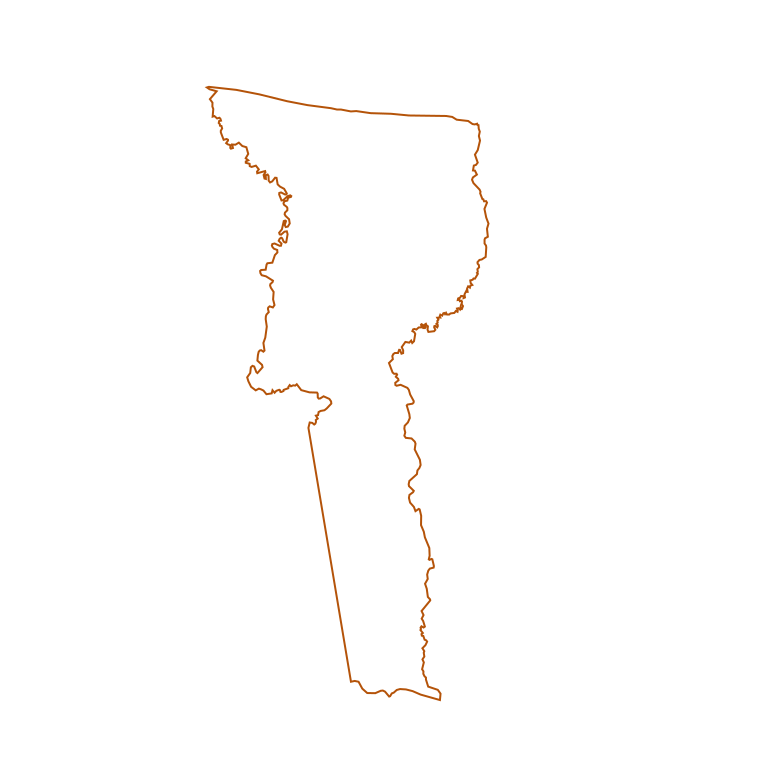 the district of Esparta, Atlántida, Honduras, rotated 351°
{"feature_id": "27666195B38540325718950", "entity_name": "Esparta", "entity_type": "district", "adm_level": 2, "iso_a3": "HND", "parent_name": "Honduras", "parent_adm1": "Atlántida", "projection": "natural_earth1", "projection_center": [-87.238, 15.629], "detail": "fine", "context": "isolated", "style": "outline", "palette": "amber", "viewbox_px": 768, "rotation_deg": 351, "n_neighbors": 0, "source": "geoboundaries", "source_scale": "gbopen_adm2", "svg_char_len": 6147}
<svg xmlns="http://www.w3.org/2000/svg" viewBox="0 0 768 768"><g transform="rotate(351 384 384)"><path d="M389.8,704.9L391.4,698.7L389.3,694.5L380.3,689.8L379.2,682.5L379.5,680.5L378.3,679.0L377.5,676.4L378.0,674.0L377.0,671.7L379.8,665.2L378.9,662.0L381.2,659.5L381.2,655.7L382.0,654.2L380.6,651.0L384.1,648.4L386.3,645.2L385.6,643.8L384.1,642.9L383.4,639.0L382.0,638.5L381.9,636.9L383.4,636.0L381.5,632.7L382.2,631.8L382.0,630.4L383.1,629.2L385.0,630.7L386.4,630.0L385.6,624.2L384.5,621.7L386.9,618.4L385.6,614.1L395.8,605.0L395.8,603.9L394.0,601.2L394.2,592.9L393.3,587.7L396.7,583.4L396.8,579.0L398.6,575.2L400.4,573.5L404.3,573.1L404.8,571.6L404.3,564.7L403.5,564.2L401.4,564.8L400.8,564.2L402.2,560.8L403.1,553.1L400.4,541.8L400.2,536.1L398.5,529.2L400.1,520.0L399.6,513.5L398.8,512.8L395.2,514.5L394.3,510.1L391.2,505.2L390.8,500.4L391.8,497.5L395.8,495.4L396.7,494.2L392.7,488.8L392.7,486.8L393.9,483.7L402.4,478.2L403.5,474.6L405.8,472.5L407.5,469.7L407.6,464.5L404.1,453.4L405.8,447.9L405.4,445.8L402.7,442.1L397.1,440.6L396.0,438.3L397.4,435.2L397.1,431.3L397.9,428.5L401.6,425.7L404.2,421.6L404.3,417.8L403.1,408.7L404.0,408.0L409.1,407.9L410.3,407.0L410.7,405.6L408.2,398.5L407.6,393.7L406.5,391.5L400.3,387.4L396.2,387.7L395.1,386.8L395.3,384.6L398.9,382.6L398.8,381.1L396.8,378.7L398.4,376.9L398.0,375.8L395.6,375.5L394.3,374.0L392.2,364.0L396.6,360.9L396.6,357.7L397.9,355.9L399.5,355.1L402.7,355.6L404.3,352.6L405.1,352.8L406.0,356.8L407.7,356.5L408.2,353.8L407.3,350.3L411.7,345.8L415.4,347.1L417.6,345.4L418.3,347.9L420.3,346.5L422.7,339.4L422.0,337.5L420.3,336.2L421.3,334.6L422.7,334.4L424.5,335.3L427.1,333.6L429.8,333.9L430.3,333.3L429.8,331.3L430.4,330.8L432.3,332.2L431.6,334.9L433.2,335.2L433.9,334.6L433.9,331.5L434.8,331.1L435.2,332.8L436.4,333.9L435.5,337.1L436.0,339.5L441.8,339.7L443.2,338.5L442.4,335.8L442.8,334.7L443.7,334.6L445.4,336.4L446.2,335.3L446.3,334.0L445.2,332.8L446.6,331.8L446.5,330.1L447.8,329.0L447.0,326.9L450.0,327.2L449.6,325.9L450.5,324.3L452.2,325.6L453.7,323.4L454.6,323.3L455.2,324.6L456.4,323.4L457.0,325.2L459.2,325.6L460.7,324.7L464.6,324.8L466.4,323.1L467.9,324.2L468.3,323.2L467.9,320.9L469.5,320.8L470.7,322.3L471.7,319.9L472.0,322.1L472.6,322.2L474.2,319.4L473.2,317.5L473.9,314.8L473.5,313.9L471.9,314.1L471.7,312.6L470.0,312.6L470.6,311.1L472.7,310.6L473.9,309.1L476.4,309.7L476.0,311.6L477.5,311.2L477.5,308.1L480.0,304.7L480.3,306.0L481.0,306.1L481.0,302.7L482.4,300.7L483.9,302.2L484.6,300.4L486.7,300.0L485.4,297.8L485.4,295.2L487.9,294.9L488.9,293.8L490.3,294.2L493.9,289.9L493.2,288.8L494.2,287.9L494.2,285.2L496.2,283.6L496.3,281.4L495.3,279.8L495.4,278.3L497.7,276.4L500.0,276.3L504.3,274.4L506.4,265.0L506.4,263.2L505.3,261.0L505.9,257.2L506.6,255.9L509.6,254.8L510.0,246.8L512.3,241.9L511.0,235.6L510.6,226.8L514.1,221.0L513.5,219.4L511.4,219.2L511.0,217.1L510.1,216.7L508.8,210.7L509.4,209.2L508.8,206.9L503.8,199.6L502.9,196.0L504.1,193.9L508.5,191.7L507.2,187.5L505.3,187.0L506.9,182.3L509.1,182.0L511.2,180.0L509.7,171.7L513.2,167.6L516.9,158.6L516.5,153.9L518.1,149.7L517.5,146.7L517.8,143.1L516.8,142.7L516.7,141.5L514.2,141.8L512.1,141.1L508.3,137.4L497.1,134.3L493.2,130.9L487.3,129.0L450.7,122.7L433.2,118.2L413.2,114.4L399.3,110.1L393.9,109.6L384.5,106.2L380.6,105.6L374.8,103.3L352.1,96.6L332.7,89.6L306.1,78.4L284.2,70.4L257.5,63.1L255.5,63.4L257.8,65.6L264.5,68.7L256.6,75.4L258.6,79.3L257.9,83.1L258.4,85.7L256.6,93.1L258.4,92.8L260.7,95.6L263.1,95.3L263.9,96.4L264.2,98.4L262.3,98.5L261.6,100.4L262.5,101.6L262.4,103.2L263.8,103.7L264.1,106.3L262.4,108.4L262.2,110.0L263.8,117.7L266.9,117.4L268.1,118.3L268.0,119.2L265.8,121.4L267.1,122.8L269.7,124.1L269.1,126.8L269.6,127.6L271.7,127.3L271.5,123.7L274.7,124.4L278.4,122.9L281.3,126.8L285.1,128.6L285.9,135.5L282.7,139.4L284.9,141.8L282.3,142.6L282.1,143.9L285.7,145.5L285.5,147.8L287.2,148.9L291.6,148.3L293.9,152.4L291.8,154.4L291.8,156.0L299.9,155.1L300.0,156.4L297.8,158.7L298.1,162.4L299.4,163.0L299.8,159.3L301.8,158.9L302.5,160.5L301.9,165.1L303.0,167.1L305.3,166.4L308.7,163.2L310.1,163.6L310.2,170.2L312.2,172.8L315.9,175.6L317.8,180.6L317.3,181.4L316.0,181.4L312.3,178.7L310.5,178.9L310.1,180.4L311.5,186.7L313.2,186.7L318.2,183.4L320.9,183.0L321.8,183.9L321.3,184.7L318.5,185.0L317.2,187.7L314.2,188.0L313.0,189.7L313.2,191.2L315.7,193.9L316.1,195.1L315.7,197.3L313.0,199.2L312.4,200.8L313.0,202.5L316.0,206.4L316.0,210.7L313.6,213.5L311.5,213.6L310.8,211.5L312.7,207.8L312.0,207.1L310.5,207.4L307.4,215.2L304.1,218.2L304.4,219.9L305.7,220.4L309.5,218.0L311.9,218.0L312.2,221.0L309.6,228.7L308.7,228.9L307.2,227.8L306.2,224.1L305.3,223.4L303.7,224.2L302.4,226.1L304.7,229.3L303.9,231.3L302.6,231.2L297.9,228.1L295.6,228.3L294.9,229.7L295.3,231.3L296.5,233.2L299.5,234.9L299.3,237.4L296.4,239.6L292.7,246.7L287.7,246.5L286.7,247.7L285.0,252.6L280.5,252.2L279.3,253.0L279.3,255.2L280.2,257.4L284.3,259.2L290.5,264.6L289.9,265.9L287.4,267.5L286.9,268.9L287.3,271.2L289.4,275.8L287.7,283.1L288.2,288.9L286.2,291.0L283.2,289.4L281.6,290.4L281.1,291.7L281.4,295.0L278.8,297.0L277.9,298.7L277.3,301.4L277.2,309.0L274.0,319.6L271.3,324.6L271.2,332.3L269.9,333.2L268.0,331.4L266.5,331.5L265.2,332.7L264.0,335.7L262.6,341.1L266.5,346.0L266.7,348.4L260.7,353.4L259.8,352.4L258.5,346.4L256.9,345.5L255.1,346.7L253.6,352.2L249.9,356.0L250.5,360.2L252.3,366.0L256.3,370.2L259.7,369.0L261.8,370.1L263.9,371.6L266.3,375.7L271.6,375.7L272.9,372.7L274.6,375.5L276.6,373.9L279.6,373.3L280.2,373.7L280.5,375.6L281.5,375.8L283.6,375.2L284.0,374.1L288.8,373.2L289.0,372.1L290.7,370.3L291.8,371.7L294.1,371.1L296.1,371.7L297.8,370.6L301.3,377.1L309.1,380.6L316.5,382.0L317.0,383.1L316.5,386.9L317.2,388.2L318.7,388.3L322.4,386.7L327.7,390.2L329.0,392.9L328.9,395.1L323.6,399.2L321.1,400.6L317.2,400.7L315.0,401.5L314.0,404.4L311.8,404.6L313.1,407.8L311.0,408.9L310.9,410.8L309.9,412.5L308.7,413.1L307.1,411.2L304.6,410.4L302.5,415.5L304.8,672.9L308.6,672.7L312.3,674.1L314.9,681.5L319.1,686.6L327.0,688.0L332.8,686.5L334.9,686.6L336.9,688.0L340.2,693.5L341.2,693.3L343.3,690.8L345.3,690.4L348.7,688.2L352.1,687.8L357.9,689.1L364.2,691.8L371.6,696.5L389.8,704.9Z" fill="none" stroke="#b45309" stroke-width="2"/></g></svg>